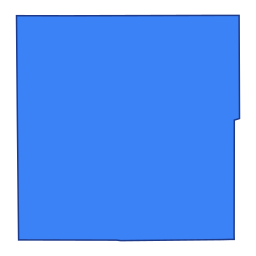 Blackford, Indiana, United States of America (Albers equal-area conic projection)
{"feature_id": "52423323B73366349077261", "entity_name": "Blackford", "entity_type": "district", "adm_level": 2, "iso_a3": "USA", "parent_name": "United States of America", "parent_adm1": "Indiana", "projection": "albers", "projection_center": [-85.31, 40.473], "detail": "fine", "context": "isolated", "style": "filled", "palette": "blue", "viewbox_px": 256, "rotation_deg": 0, "n_neighbors": 0, "source": "geoboundaries", "source_scale": "gbopen_adm2", "svg_char_len": 313}
<svg xmlns="http://www.w3.org/2000/svg" viewBox="0 0 256 256"><path d="M16.5,15.7L17.4,120.1L18.6,239.5L18.6,239.9L116.6,240.1L120.8,240.6L222.3,239.6L229.9,239.4L234.2,239.4L234.1,235.1L234.3,120.1L239.5,118.5L239.1,15.4L221.1,15.4L67.6,15.8L16.5,15.7Z" fill="#3b82f6" stroke="#1e3a8a" stroke-width="1.5"/></svg>